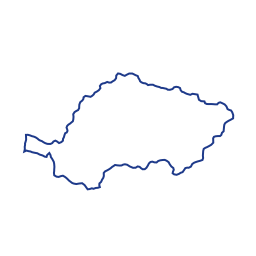 outline of Itaipé, Minas Gerais, Brazil, rotated 82°
{"feature_id": "56859067B82084481875412", "entity_name": "Itaipé", "entity_type": "district", "adm_level": 2, "iso_a3": "BRA", "parent_name": "Brazil", "parent_adm1": "Minas Gerais", "projection": "orthographic", "projection_center": [-41.656, -17.418], "detail": "fine", "context": "isolated", "style": "outline", "palette": "blue", "viewbox_px": 256, "rotation_deg": 82, "n_neighbors": 0, "source": "geoboundaries", "source_scale": "gbopen_adm2", "svg_char_len": 3326}
<svg xmlns="http://www.w3.org/2000/svg" viewBox="0 0 256 256"><g transform="rotate(82 128 128)"><path d="M91.0,93.3L89.9,95.5L88.6,97.3L88.2,100.1L88.3,102.2L87.1,103.3L86.2,104.6L85.7,106.6L84.6,108.4L83.4,109.5L81.7,109.9L80.0,110.7L77.9,111.1L76.7,113.2L75.7,114.6L74.7,116.1L74.2,119.2L75.1,121.9L75.9,123.9L74.8,126.1L73.3,128.1L72.6,130.3L74.4,132.3L77.1,132.9L78.8,134.6L79.7,136.8L80.6,138.5L80.4,140.4L79.5,142.2L80.3,144.7L80.4,146.9L80.9,148.4L82.5,150.0L84.7,149.8L86.5,151.6L87.6,153.8L88.4,156.1L90.0,157.3L91.1,158.9L91.9,160.7L91.0,163.4L90.3,165.7L91.4,167.7L93.1,168.2L94.4,169.4L95.8,171.7L98.0,172.9L99.8,173.3L101.6,173.6L103.3,174.9L103.9,176.7L104.8,178.7L106.7,180.3L109.4,180.4L112.0,181.0L113.7,181.7L114.5,183.1L115.6,184.8L116.3,186.4L117.4,187.9L119.0,188.8L120.9,188.4L122.4,188.3L123.9,189.3L124.4,190.9L126.0,191.8L128.3,192.8L129.8,193.9L131.5,194.2L132.7,196.0L133.3,198.4L131.5,200.1L130.4,201.7L131.0,203.7L132.4,205.1L133.0,207.0L132.5,210.1L131.4,212.2L130.2,213.8L129.0,215.1L128.2,216.7L127.2,218.0L125.9,219.1L124.4,220.8L123.4,222.5L122.7,224.3L121.7,226.0L120.8,228.1L120.6,230.0L122.6,230.2L125.4,230.5L127.5,231.4L128.9,232.1L130.5,232.3L132.3,232.9L134.6,233.1L136.9,234.0L136.2,231.8L137.1,229.7L137.7,227.8L138.6,226.4L139.5,224.0L140.4,221.3L142.0,219.2L143.3,216.4L144.8,214.4L145.3,212.7L143.5,211.8L141.8,209.4L144.1,208.5L146.1,208.4L147.8,207.5L149.6,206.8L151.2,206.2L153.3,206.1L156.3,206.3L158.6,206.8L160.4,207.1L162.2,207.6L164.6,207.6L166.2,205.6L166.8,203.5L166.3,201.0L166.2,199.1L167.5,197.4L168.9,196.0L170.4,194.8L171.8,193.8L173.0,192.6L174.7,190.9L175.5,189.4L176.3,187.0L176.2,184.1L176.3,181.1L178.5,178.9L181.2,177.5L183.1,176.5L183.1,174.4L182.7,172.2L183.4,170.6L182.9,168.3L183.0,166.1L182.6,164.1L180.7,164.4L178.9,164.0L177.6,162.1L175.6,160.9L173.9,159.4L172.1,158.6L169.2,158.3L167.8,156.8L167.0,154.4L166.2,152.4L165.3,150.6L164.3,149.1L163.6,147.5L162.8,146.0L163.4,144.1L164.0,141.6L164.2,139.6L163.6,137.9L163.5,136.1L164.3,133.9L166.3,131.6L168.1,128.6L168.4,126.0L167.4,123.8L168.1,121.9L169.6,120.7L170.9,119.2L171.1,117.1L170.0,115.3L168.0,113.6L166.0,112.2L164.8,110.5L164.7,108.6L165.7,106.6L166.1,104.5L164.9,102.7L164.5,100.6L164.5,98.1L164.7,96.0L165.8,94.3L167.5,92.5L169.8,91.7L172.2,90.4L173.9,88.7L175.8,88.5L177.4,89.5L179.0,90.1L180.3,88.8L181.1,86.4L180.5,83.8L179.7,82.2L179.3,80.1L177.4,78.3L175.7,76.8L175.5,75.0L175.8,73.4L175.0,71.1L172.6,69.4L171.6,67.4L171.2,65.8L170.8,63.6L170.5,61.1L170.0,58.7L168.2,57.8L165.9,57.7L163.9,57.3L161.1,56.7L159.2,55.9L158.4,54.2L157.9,52.3L157.1,50.1L156.2,47.9L154.4,45.6L151.8,45.3L150.0,45.1L148.7,44.1L148.4,42.4L148.5,40.0L148.8,38.0L147.9,36.6L145.8,35.6L144.6,33.8L141.7,33.1L139.6,32.6L138.0,32.1L136.7,31.1L135.8,29.5L134.9,27.5L134.2,25.4L133.1,22.6L129.9,22.0L126.9,22.6L125.0,23.5L124.1,25.4L123.1,26.8L120.3,27.5L118.1,29.0L116.7,31.0L115.4,33.1L115.7,34.8L117.0,36.5L116.6,38.8L116.1,41.0L115.7,43.3L115.5,45.0L115.2,46.6L114.2,48.2L112.3,48.6L111.6,51.8L109.9,53.8L106.9,54.2L104.6,54.5L103.9,56.7L103.1,59.4L103.8,61.7L103.1,63.3L102.3,65.1L101.4,66.5L100.3,67.9L99.7,69.4L97.9,70.6L95.7,70.9L94.5,72.6L93.9,74.6L94.1,76.7L95.6,78.5L96.0,81.2L95.6,83.3L94.5,84.5L93.8,86.4L93.2,88.0L92.9,89.6L91.8,91.2L91.0,93.3Z" fill="none" stroke="#1e3a8a" stroke-width="2"/></g></svg>